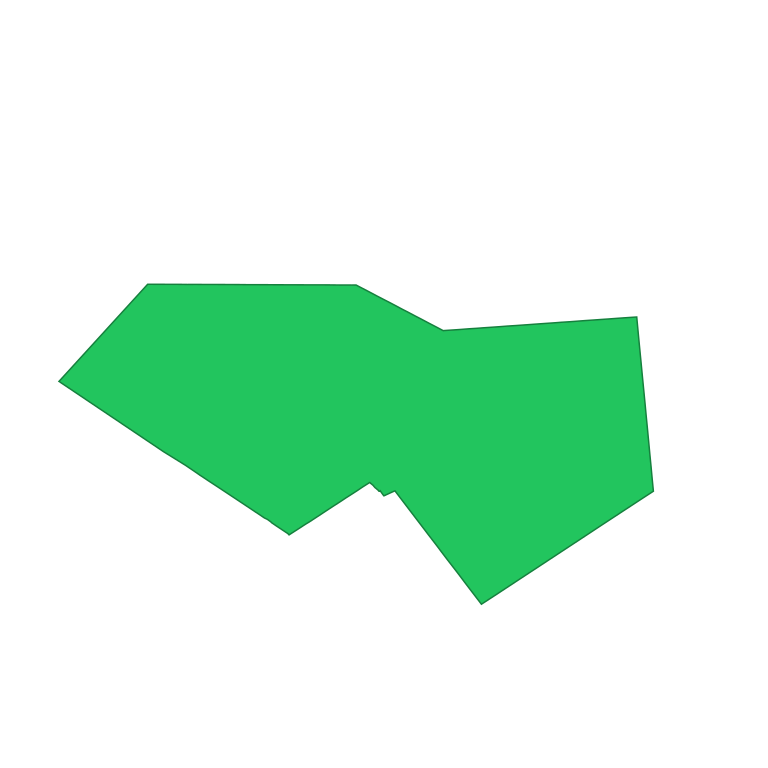 the district of Den Helder, Noord-Holland, Netherlands, rotated 28°
{"feature_id": "6326949B80665930632751", "entity_name": "Den Helder", "entity_type": "district", "adm_level": 2, "iso_a3": "NLD", "parent_name": "Netherlands", "parent_adm1": "Noord-Holland", "projection": "robinson", "projection_center": [4.789, 52.95], "detail": "fine", "context": "isolated", "style": "filled", "palette": "green", "viewbox_px": 768, "rotation_deg": 28, "n_neighbors": 0, "source": "geoboundaries", "source_scale": "gbopen_adm2", "svg_char_len": 3001}
<svg xmlns="http://www.w3.org/2000/svg" viewBox="0 0 768 768"><g transform="rotate(28 384 384)"><path d="M371.0,561.8L371.3,561.3L371.5,560.9L376.6,551.8L378.1,549.1L378.2,548.9L378.9,547.6L379.9,545.8L380.8,544.2L381.7,542.7L382.8,540.9L383.3,539.9L384.0,538.8L384.4,538.0L384.9,537.0L385.1,536.7L393.4,521.5L396.4,516.0L399.1,511.2L401.3,507.2L403.5,503.1L403.6,502.9L403.7,502.7L405.7,499.2L408.5,494.2L410.5,490.6L413.4,485.1L417.1,478.6L417.7,477.6L418.1,477.7L418.2,477.8L418.8,477.9L418.9,478.0L419.2,478.0L419.3,478.1L419.5,478.1L419.8,478.1L420.1,478.2L420.3,478.2L420.6,478.3L421.0,478.4L421.4,478.5L421.7,478.5L422.0,478.6L422.5,478.8L422.9,479.0L423.4,479.2L423.7,479.3L423.9,479.4L424.2,479.5L424.5,479.6L425.0,479.8L425.4,479.8L425.9,479.9L426.2,480.0L426.5,480.0L427.1,480.2L427.6,480.3L428.1,480.4L428.3,480.4L428.6,480.5L428.9,480.6L429.2,480.8L429.5,480.9L429.7,481.0L429.8,481.0L430.0,481.0L430.2,480.9L430.3,480.9L430.6,480.6L430.9,480.3L430.9,480.2L432.2,480.8L433.6,481.5L435.0,482.2L436.4,482.8L436.6,482.6L437.6,481.3L437.6,481.2L437.8,481.0L438.3,480.3L438.4,480.2L439.4,478.9L439.5,478.8L440.3,477.7L440.6,477.3L440.7,477.2L442.0,475.5L443.8,473.2L453.8,477.8L467.7,484.2L484.5,491.9L489.3,494.1L492.5,495.6L495.6,497.0L507.9,502.6L513.6,505.3L522.5,509.4L537.6,516.2L544.9,519.6L548.5,521.3L555.9,524.7L573.4,532.7L578.1,524.2L579.5,521.7L635.7,418.8L641.5,408.1L666.0,363.4L672.2,352.2L665.1,341.5L659.0,332.2L651.7,321.2L644.2,309.8L642.8,307.7L637.8,300.1L629.9,288.2L623.2,278.0L615.1,265.8L607.8,254.8L600.4,243.6L592.9,232.3L585.3,220.8L575.7,206.2L570.5,209.4L564.4,213.2L558.0,217.2L551.2,221.5L545.4,225.1L539.2,229.0L532.1,233.4L531.3,233.9L525.3,237.7L518.5,242.0L511.5,246.3L504.9,250.5L501.2,252.8L497.5,255.1L489.2,260.3L481.9,264.9L472.8,270.6L465.8,274.9L459.2,279.1L452.8,283.1L445.4,287.7L439.4,291.5L433.2,295.3L426.3,299.7L419.9,303.7L419.7,303.8L411.8,308.7L411.3,309.1L404.9,309.1L395.1,309.2L386.1,309.2L379.0,309.3L370.9,309.3L365.6,309.4L361.9,309.4L352.5,309.4L344.0,309.5L336.0,309.6L326.1,309.6L316.3,309.7L312.9,309.7L309.4,311.6L302.8,315.1L296.9,318.2L290.5,321.5L284.2,324.8L276.3,329.0L269.7,332.5L261.7,336.7L253.0,341.3L245.8,345.1L238.6,348.9L231.7,352.5L223.6,356.8L216.8,360.4L208.3,364.8L201.1,368.6L193.5,372.6L185.5,376.8L178.0,380.8L171.1,384.4L163.5,388.5L156.7,392.0L150.1,395.5L142.7,399.4L135.5,403.2L128.5,406.9L95.8,534.3L221.4,547.3L245.6,548.9L247.1,549.0L253.5,549.7L263.4,550.8L263.6,550.8L263.8,550.9L266.4,551.1L274.3,551.9L285.3,552.9L306.0,554.9L329.3,557.2L329.9,557.3L330.1,557.3L330.3,557.3L330.9,557.4L331.5,557.4L332.6,557.5L340.9,558.4L341.3,558.4L341.9,558.4L342.2,558.4L342.6,558.4L343.2,558.3L343.7,558.3L344.2,558.3L344.3,558.3L344.5,558.3L345.7,558.4L346.1,558.5L347.7,558.7L348.4,558.8L348.8,558.9L349.3,559.0L349.7,559.2L349.8,559.2L350.2,559.3L350.4,559.3L351.5,559.4L354.9,559.8L369.2,561.2L369.3,561.2L369.5,561.3L370.5,561.6L371.0,561.8Z" fill="#22c55e" stroke="#15803d" stroke-width="1.5"/></g></svg>